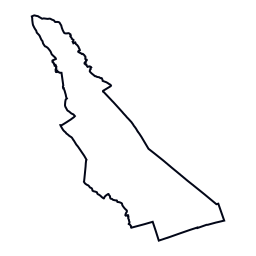 Fantanele, Prahova, Romania
{"feature_id": "2599482B12219872135707", "entity_name": "Fantanele", "entity_type": "district", "adm_level": 2, "iso_a3": "ROU", "parent_name": "Romania", "parent_adm1": "Prahova", "projection": "robinson", "projection_center": [26.36, 45.022], "detail": "fine", "context": "isolated", "style": "outline", "palette": "ink", "viewbox_px": 256, "rotation_deg": 0, "n_neighbors": 0, "source": "geoboundaries", "source_scale": "gbopen_adm2", "svg_char_len": 5342}
<svg xmlns="http://www.w3.org/2000/svg" viewBox="0 0 256 256"><path d="M197.5,228.0L206.6,224.8L207.8,224.8L208.4,224.6L216.1,222.5L217.5,222.2L224.2,220.6L218.3,203.7L216.4,204.2L204.7,194.5L198.5,189.5L193.4,185.4L193.1,185.1L192.4,184.6L187.6,180.8L176.2,171.3L175.2,170.5L171.8,167.7L162.9,160.2L154.5,153.5L148.5,148.8L142.2,138.2L141.5,137.0L139.0,133.2L138.1,132.1L137.9,131.8L137.9,131.6L137.6,131.4L137.4,131.0L136.7,129.8L136.3,129.1L135.3,127.6L133.8,125.7L133.0,124.3L132.1,123.1L131.5,122.2L128.2,118.6L126.8,117.2L126.1,116.3L122.9,112.8L122.8,112.6L119.3,108.7L113.3,102.1L112.0,100.8L111.1,99.8L103.9,92.2L103.3,91.9L103.0,91.5L103.1,90.8L106.9,88.5L109.7,86.8L110.6,86.2L111.0,85.7L110.8,85.2L110.4,84.7L110.2,84.6L109.1,84.0L108.1,83.3L106.5,82.3L102.7,80.9L102.6,80.2L102.2,79.1L101.8,78.3L101.6,78.1L100.9,78.2L100.6,78.1L100.1,77.9L99.3,77.3L97.0,76.9L96.4,76.5L95.3,76.1L95.1,76.2L94.6,75.9L93.5,74.9L92.7,74.3L91.6,73.4L90.1,71.9L90.0,71.6L89.8,71.4L89.9,70.1L90.5,69.4L90.7,69.1L90.7,68.8L90.4,68.2L90.5,67.8L90.7,67.7L91.2,67.4L91.0,67.1L90.7,67.1L90.6,66.8L90.0,66.5L89.7,66.4L88.9,66.4L88.3,66.6L87.7,66.9L87.4,66.7L86.8,65.8L86.4,64.6L85.7,64.6L85.5,63.8L84.7,63.8L84.6,63.7L84.8,63.3L85.0,63.4L85.2,63.1L85.4,63.1L85.5,62.9L85.2,62.8L84.8,62.6L85.0,62.3L85.3,62.4L85.4,62.2L85.5,62.2L85.6,61.9L85.7,61.7L86.1,61.1L86.1,60.9L86.7,60.4L86.7,59.7L86.2,59.5L85.7,59.6L85.3,58.9L85.3,58.7L85.3,57.7L85.5,57.3L85.5,57.1L85.3,56.4L84.6,55.8L84.4,55.3L84.0,54.8L83.4,54.5L82.9,53.9L82.3,53.8L81.9,54.0L81.7,53.9L81.3,53.5L81.0,53.4L80.3,52.9L79.5,52.7L78.9,52.1L78.4,52.0L78.3,51.8L78.2,51.6L78.5,51.0L78.9,50.7L79.8,50.3L79.7,49.5L79.4,48.9L78.9,48.0L78.6,47.2L78.4,46.7L77.3,45.2L75.9,44.0L75.7,43.6L75.3,42.5L73.4,43.3L72.7,41.8L73.4,41.5L73.4,39.8L72.9,39.7L72.3,39.1L71.8,38.8L71.8,38.4L71.3,37.5L70.7,36.9L70.3,36.2L70.8,35.7L70.8,35.3L70.6,35.0L70.5,34.7L70.3,34.8L69.7,33.8L69.1,33.4L68.6,33.2L68.0,33.2L67.1,33.4L65.6,33.4L65.0,33.3L64.5,33.1L64.0,32.7L63.8,32.3L63.5,31.6L62.9,30.6L61.9,28.0L61.5,26.6L61.2,25.3L60.5,24.4L60.1,23.5L59.4,22.5L58.8,22.2L58.2,22.0L57.1,21.9L55.8,22.0L55.1,21.9L54.7,21.5L54.3,20.8L54.0,20.5L53.0,20.0L51.6,19.5L50.8,19.0L50.0,18.7L49.0,18.7L47.8,18.9L46.9,18.8L43.8,18.4L42.2,18.7L41.8,18.6L40.5,17.7L39.4,17.2L39.2,17.1L38.7,16.6L38.4,16.4L37.5,16.1L36.0,15.8L34.5,15.4L33.6,15.6L31.8,16.4L32.2,18.0L32.3,20.4L32.7,23.5L32.9,24.5L33.0,25.0L34.2,27.5L35.3,29.4L36.0,30.3L36.4,31.2L36.6,32.1L36.8,32.6L37.3,33.2L38.1,34.0L39.2,35.2L39.5,35.7L39.8,36.2L40.3,37.4L41.4,39.8L42.5,41.2L42.9,42.8L43.1,43.5L44.3,45.4L45.0,46.3L45.8,46.6L46.4,46.9L47.5,47.7L48.3,48.5L50.0,50.7L50.6,51.6L50.7,51.8L51.5,53.8L51.8,54.4L52.3,54.9L55.4,57.8L55.8,58.5L55.9,58.9L55.5,59.0L55.0,59.4L52.8,60.3L52.5,60.5L52.9,61.8L53.4,62.6L53.1,62.6L53.9,63.5L54.2,63.8L54.2,64.1L54.1,64.4L54.5,65.1L54.6,65.5L55.6,65.0L55.9,65.6L56.1,66.4L56.3,66.7L56.0,66.9L56.2,67.2L56.2,68.0L56.0,67.9L55.9,68.6L55.7,69.3L56.1,69.4L56.0,69.6L55.8,70.2L55.7,70.6L57.1,70.7L56.9,71.3L56.6,71.2L56.5,71.4L56.1,71.4L56.1,72.0L56.8,72.1L57.6,71.9L58.3,71.9L58.6,72.0L59.3,72.6L59.6,72.7L61.5,72.8L63.3,85.6L63.0,86.1L62.9,86.8L63.0,87.4L63.2,88.3L63.8,88.2L64.0,89.2L64.7,91.0L65.2,92.9L65.7,94.5L66.1,96.7L66.4,97.6L66.6,98.0L66.9,98.5L66.4,98.8L65.9,99.3L65.7,99.6L65.3,101.5L65.1,103.6L65.0,105.2L65.1,106.0L65.4,106.6L65.5,107.1L65.9,107.7L67.3,110.3L67.5,110.5L67.9,110.8L69.2,111.6L71.4,113.5L73.4,114.4L74.9,116.1L74.0,117.1L70.6,119.6L69.5,120.3L67.8,121.4L66.9,122.0L62.9,124.5L61.4,125.3L61.1,125.4L60.5,125.1L60.4,125.1L60.5,125.5L61.9,128.0L63.2,130.1L63.6,130.5L64.2,131.2L65.5,132.3L65.8,132.6L66.2,133.3L66.5,133.6L67.4,134.2L68.1,134.8L68.5,135.1L69.2,135.8L71.4,137.2L71.8,137.6L72.1,137.9L72.3,138.3L72.6,138.7L73.2,139.8L73.7,140.3L76.3,144.6L77.9,146.5L80.5,150.3L81.3,151.5L81.7,152.1L84.1,155.6L85.5,158.0L86.5,159.8L86.2,160.1L86.1,160.3L86.0,161.6L85.8,163.1L85.6,166.4L84.8,174.5L84.4,178.5L84.1,181.2L83.9,181.8L84.3,182.3L84.8,183.2L85.7,184.0L86.3,184.4L87.1,184.9L88.1,185.3L89.0,186.1L89.9,187.4L91.2,188.0L91.7,188.3L92.0,188.8L92.2,189.2L92.4,190.1L92.5,190.6L92.9,190.9L93.4,191.2L95.5,191.7L96.7,192.2L97.0,192.4L97.3,193.6L97.7,194.0L98.2,194.4L98.8,194.6L100.4,195.7L101.8,197.1L103.5,198.3L103.8,198.4L104.1,198.1L104.1,197.8L104.3,197.4L105.0,196.4L105.8,195.6L108.0,194.1L108.4,194.0L108.6,194.1L109.0,195.1L109.6,195.7L109.9,196.1L110.0,196.3L110.1,197.5L110.2,197.9L110.6,198.6L111.2,198.8L111.9,198.9L113.0,199.8L113.7,200.0L115.5,200.4L116.7,200.4L116.9,200.7L117.0,200.8L117.2,201.5L117.3,201.7L117.4,201.9L117.8,202.0L119.3,202.2L119.9,202.4L121.3,203.0L121.9,203.5L122.1,204.0L122.2,204.7L122.3,205.1L122.8,206.0L124.0,207.6L124.9,208.7L126.4,210.1L126.8,210.5L126.9,211.1L126.8,211.8L126.7,212.0L126.5,212.3L126.2,212.7L125.6,214.1L125.4,214.9L125.4,215.3L125.6,215.5L125.8,215.7L126.4,215.6L127.8,215.1L128.0,215.1L128.2,215.3L128.0,216.2L128.0,216.4L128.0,216.6L128.5,217.0L128.2,217.9L128.2,218.2L128.3,218.6L128.8,219.4L128.9,219.8L129.0,220.8L129.5,222.0L129.5,222.3L129.2,223.2L128.8,223.8L128.7,224.0L128.8,224.1L129.8,224.5L130.0,224.7L130.2,225.0L130.8,225.9L131.1,226.2L131.0,227.1L131.1,227.4L131.3,227.7L144.4,224.2L152.7,221.8L155.7,230.8L158.8,240.6L170.0,236.9L179.3,233.6L190.0,229.9L197.4,227.5L197.5,228.0Z" fill="none" stroke="#020617" stroke-width="2"/></svg>